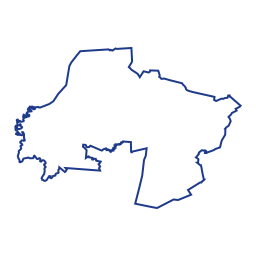 Rugāju pag., Rugaju, Latvia (Albers equal-area conic projection)
{"feature_id": "27541924B16016350792540", "entity_name": "Rugāju pag.", "entity_type": "district", "adm_level": 2, "iso_a3": "LVA", "parent_name": "Latvia", "parent_adm1": "Rugaju", "projection": "albers", "projection_center": [27.003, 57.014], "detail": "fine", "context": "isolated", "style": "outline", "palette": "blue", "viewbox_px": 256, "rotation_deg": 0, "n_neighbors": 0, "source": "geoboundaries", "source_scale": "gbopen_adm2", "svg_char_len": 5746}
<svg xmlns="http://www.w3.org/2000/svg" viewBox="0 0 256 256"><path d="M42.2,179.8L43.1,179.9L44.2,180.8L45.0,180.9L46.6,180.1L49.2,176.1L49.6,176.1L49.4,176.8L50.0,176.9L49.9,177.3L50.5,178.0L51.2,178.2L52.2,177.4L52.4,176.8L52.9,176.4L52.7,176.2L55.4,175.5L55.4,174.5L55.7,174.0L56.1,173.6L58.3,172.9L58.6,172.5L58.4,171.9L58.4,169.9L59.3,168.7L59.2,168.6L59.3,167.3L64.9,172.0L65.4,171.7L67.0,169.2L66.0,168.6L65.5,168.0L100.1,170.6L99.4,168.8L99.0,168.2L100.1,166.4L98.6,164.1L100.4,162.4L100.7,161.6L96.4,160.8L96.1,160.4L96.3,160.0L95.7,158.8L94.3,158.8L93.2,159.6L92.2,159.4L92.5,157.9L88.6,157.2L88.7,156.5L88.2,156.4L85.9,158.0L86.6,150.2L84.4,147.7L83.0,146.8L83.2,144.7L85.5,144.9L85.9,145.3L86.5,146.8L87.1,147.2L89.3,147.0L89.6,146.7L90.2,145.8L90.4,145.7L101.5,150.5L102.3,150.4L103.2,149.4L104.4,148.9L105.1,148.8L105.6,148.4L106.3,148.5L106.7,148.9L106.5,149.1L106.2,148.8L106.0,149.0L106.5,150.1L107.7,150.1L107.8,149.6L108.2,149.5L109.0,149.8L108.9,150.1L108.9,150.3L109.8,150.6L110.1,151.5L110.6,151.8L110.7,151.5L111.3,151.4L111.6,151.0L111.2,150.4L111.3,150.2L111.9,150.3L112.2,150.8L112.7,150.7L112.4,150.4L112.4,149.9L112.5,149.7L112.7,150.1L113.0,150.3L113.2,150.0L113.7,149.9L114.4,149.3L114.0,148.5L114.3,148.6L114.4,148.2L115.5,147.8L115.4,147.6L114.6,147.3L114.9,147.1L114.8,146.8L115.5,146.7L115.8,146.2L115.6,145.6L115.0,146.0L115.0,145.6L114.8,145.4L115.3,145.3L115.2,144.8L115.4,144.3L115.9,144.4L115.9,144.6L116.1,144.9L116.6,145.0L116.9,144.8L116.8,144.4L117.0,144.3L117.5,144.6L118.4,144.6L118.4,144.3L118.7,144.2L119.2,144.2L119.4,144.6L120.1,144.5L120.3,144.3L120.1,144.0L120.5,144.0L120.4,143.7L121.0,143.3L121.0,142.9L121.3,142.9L121.2,142.6L121.2,142.4L121.6,142.3L121.6,142.6L121.8,142.7L122.3,142.6L123.1,142.2L123.4,141.8L123.3,141.5L130.9,142.1L131.1,151.9L131.9,152.3L132.3,151.6L133.2,151.4L146.6,148.3L145.8,155.5L145.1,157.5L144.3,159.2L144.0,160.2L142.2,175.7L138.8,189.7L135.2,203.7L151.5,207.0L156.9,208.0L157.3,207.9L173.6,199.5L178.1,200.0L191.1,194.7L188.0,190.0L199.6,182.8L200.4,182.4L201.4,182.5L202.2,181.3L203.7,180.3L204.2,179.7L203.8,179.7L203.3,177.0L202.5,173.4L201.5,167.7L201.0,165.4L200.6,165.5L197.1,162.6L198.1,162.4L198.4,159.2L196.7,157.8L196.0,157.4L198.6,154.3L198.4,154.2L199.1,152.4L201.9,150.2L203.8,150.7L204.8,150.3L206.2,151.1L206.3,152.0L205.5,151.9L205.5,152.7L204.0,152.9L206.2,153.1L208.0,152.2L212.5,150.6L214.3,149.8L215.1,149.1L220.0,147.4L221.7,140.6L225.2,134.7L225.4,129.2L225.0,128.9L226.5,127.2L228.7,125.7L230.7,121.1L229.8,118.7L228.5,116.9L231.0,114.6L231.9,113.0L236.6,110.6L235.7,108.8L239.7,106.8L240.6,105.7L230.5,96.9L229.9,96.7L229.6,95.4L228.2,95.5L227.6,97.7L224.7,98.1L223.2,98.9L221.6,98.6L216.1,101.0L214.1,99.9L214.5,96.9L193.5,92.2L189.5,91.1L187.0,90.2L185.9,88.9L185.8,88.3L185.9,88.0L184.4,85.9L182.9,84.6L182.2,83.3L169.9,80.2L164.0,78.5L163.1,78.8L161.3,78.8L160.4,77.6L159.3,77.0L159.7,75.4L158.3,70.7L150.1,70.4L150.0,71.6L148.7,72.5L143.6,71.3L139.8,77.2L138.3,74.7L138.1,74.7L137.5,73.7L131.7,69.9L130.8,69.1L130.5,68.5L128.8,67.1L131.8,62.2L132.1,61.0L131.4,48.0L116.8,48.9L115.5,48.5L112.6,50.5L112.2,50.2L111.7,50.4L110.7,49.8L109.8,50.3L109.3,49.8L108.7,49.7L108.5,49.4L80.3,51.2L77.1,55.0L71.2,62.6L69.4,66.0L66.2,85.1L58.4,93.7L53.4,101.2L49.3,104.0L40.0,107.6L39.4,107.3L38.5,107.4L38.0,106.9L37.0,107.0L35.9,107.4L35.0,107.3L35.2,108.2L34.9,108.9L34.7,109.1L33.3,109.2L32.2,108.2L31.5,108.1L31.3,107.7L31.5,107.5L33.1,107.6L33.4,107.4L33.4,107.2L32.8,106.7L31.7,106.6L30.4,106.9L29.9,106.7L29.7,107.1L28.8,107.8L27.9,109.1L27.9,109.5L28.2,109.7L29.9,109.2L30.3,109.3L31.0,110.5L31.5,111.1L31.5,111.3L29.1,111.6L28.8,111.2L28.2,111.2L27.9,111.9L27.5,112.1L26.6,113.2L26.5,113.6L27.1,113.8L27.6,114.8L28.1,114.4L29.2,114.9L29.3,115.1L29.3,115.6L29.0,116.3L28.7,116.5L27.7,116.4L26.4,117.2L25.5,117.4L25.4,117.0L26.1,116.2L25.9,115.5L24.5,115.5L23.8,114.7L23.6,114.7L23.1,117.1L23.2,117.3L23.9,117.2L24.2,117.4L23.2,119.7L23.7,120.5L23.8,120.8L23.3,121.3L22.3,121.6L21.0,121.8L20.4,121.4L20.0,120.9L19.7,120.9L19.4,121.4L18.9,122.0L18.1,122.0L17.8,121.9L17.6,121.3L17.7,120.7L17.9,120.1L17.8,119.7L17.1,119.7L16.8,120.0L16.9,121.0L17.1,121.5L17.4,124.0L17.8,125.2L18.6,125.3L19.4,124.9L20.0,124.3L20.2,124.2L20.7,124.8L20.5,125.5L20.5,126.0L21.9,126.8L22.1,127.3L21.8,127.8L20.8,128.6L19.1,129.1L18.1,129.0L16.9,128.1L16.9,127.5L17.2,126.7L17.2,126.1L17.0,125.7L16.7,125.5L15.8,125.8L15.4,126.7L15.4,127.1L15.6,128.3L15.5,129.4L15.6,130.0L15.9,130.3L16.8,130.5L17.9,132.0L17.8,132.5L16.3,133.3L16.1,133.6L16.0,134.0L17.7,134.9L18.2,134.9L19.0,134.3L18.9,133.6L19.1,133.3L19.8,133.8L20.0,134.8L20.1,135.0L21.9,135.2L22.5,134.9L22.7,134.3L23.2,133.7L22.4,132.7L22.2,132.2L22.6,132.1L23.2,132.4L24.0,134.1L24.0,136.0L23.9,137.6L24.2,138.0L24.1,138.6L24.6,139.4L24.7,140.4L24.6,140.6L23.7,140.8L22.8,140.4L21.8,140.4L20.2,142.1L20.2,142.5L20.7,143.1L21.4,143.4L21.8,143.8L22.3,144.8L21.8,145.3L21.0,145.6L20.6,145.9L20.6,146.6L21.2,148.3L20.9,149.0L20.1,149.9L19.6,150.2L18.8,150.9L18.7,151.6L18.9,152.8L18.8,153.3L18.3,154.3L18.1,155.4L17.8,156.2L17.8,156.4L18.1,157.2L18.4,158.3L19.2,159.5L19.6,160.5L19.6,161.1L19.4,161.8L19.7,162.1L20.6,162.1L22.2,161.3L22.6,160.8L23.1,159.2L23.4,158.8L23.9,158.5L27.1,157.9L28.2,157.5L29.9,158.3L33.0,158.2L33.6,157.6L33.9,156.0L34.3,155.7L35.1,156.3L35.7,157.3L37.1,159.0L37.8,159.0L39.2,158.2L39.9,158.4L40.4,159.2L40.1,160.8L40.2,161.3L40.5,161.5L41.2,161.5L42.3,160.4L42.7,160.2L43.6,160.3L44.5,160.9L45.5,162.3L45.7,163.1L45.3,163.7L44.3,164.2L44.1,164.5L44.1,164.9L44.9,166.1L45.5,166.6L45.6,167.0L45.4,167.4L44.5,168.2L44.4,168.6L44.7,170.7L44.4,172.6L44.3,173.4L44.2,174.1L43.4,175.0L41.7,177.8L41.6,178.2L42.2,179.1L42.2,179.8Z" fill="none" stroke="#1e3a8a" stroke-width="2"/></svg>